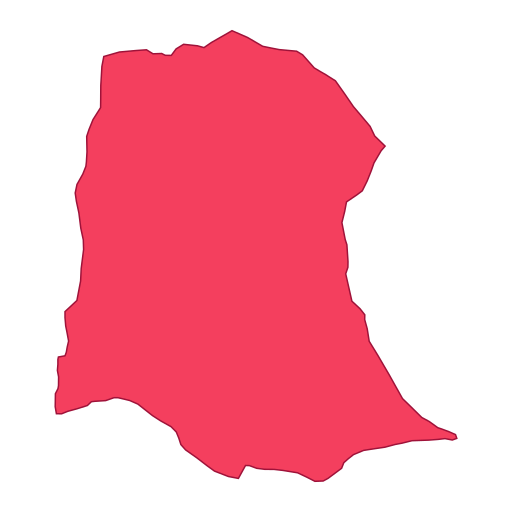 the district of Corisco, Equatorial Guinea
{"feature_id": "11065452B63780080368940", "entity_name": "Corisco", "entity_type": "district", "adm_level": 2, "iso_a3": "GNQ", "parent_name": "Equatorial Guinea", "parent_adm1": "", "projection": "mercator", "projection_center": [9.322, 0.913], "detail": "fine", "context": "isolated", "style": "filled", "palette": "rose", "viewbox_px": 512, "rotation_deg": 0, "n_neighbors": 0, "source": "geoboundaries", "source_scale": "gbopen_adm2", "svg_char_len": 1919}
<svg xmlns="http://www.w3.org/2000/svg" viewBox="0 0 512 512"><path d="M262.7,46.3L247.6,37.5L232.0,30.7L211.4,42.5L204.0,47.6L197.5,45.8L183.6,44.3L176.1,48.9L171.3,55.4L165.2,55.3L161.7,53.5L153.0,53.8L146.5,49.8L136.5,50.5L119.5,52.0L103.8,56.5L101.9,66.4L100.8,85.5L100.7,99.8L100.6,107.6L93.0,119.6L89.0,129.5L86.7,136.4L87.0,152.0L86.4,162.0L85.9,166.3L82.8,174.1L77.0,184.4L75.2,193.0L76.4,201.3L78.9,213.0L80.8,228.2L83.3,239.9L83.6,249.5L81.2,268.5L80.6,281.0L78.0,294.7L76.9,300.5L65.0,311.6L65.0,317.6L65.7,325.9L67.0,332.4L68.6,341.1L67.2,347.1L66.3,352.3L65.0,355.8L58.4,357.0L57.9,359.5L57.9,364.3L57.4,370.4L58.6,376.9L58.5,385.6L58.0,388.6L55.4,393.7L55.3,401.1L55.2,406.7L56.4,413.7L61.6,413.8L67.8,411.3L76.9,408.8L87.4,405.5L91.4,401.7L94.8,401.3L105.7,400.6L114.0,397.7L118.0,397.7L124.0,399.1L129.7,400.5L137.9,404.1L152.5,415.6L160.7,420.9L171.1,426.7L176.3,432.0L178.8,438.1L180.9,444.6L185.6,449.9L196.8,457.8L207.2,465.8L214.5,471.1L228.4,476.5L238.4,478.4L245.5,465.5L249.4,465.6L256.7,468.3L264.6,469.3L274.1,469.4L282.8,470.4L297.6,472.8L307.1,477.3L314.9,481.3L323.2,481.0L328.0,478.4L341.6,468.3L343.8,462.7L348.2,458.8L353.5,454.6L363.6,450.4L369.3,449.5L376.6,448.4L384.9,447.2L395.4,444.4L401.9,443.2L412.0,440.7L428.9,440.1L438.1,439.4L445.0,438.6L452.3,440.0L456.8,438.4L455.5,434.6L449.2,431.8L441.7,429.0L437.8,427.7L429.2,421.5L421.8,417.5L409.3,405.2L402.5,398.6L395.6,386.3L389.3,375.0L377.8,355.3L369.2,341.3L367.2,328.7L364.7,319.6L364.8,314.8L360.0,308.7L351.9,301.2L345.7,273.8L347.9,267.3L348.0,261.7L346.9,244.8L345.2,239.5L341.9,222.6L344.7,211.4L346.5,201.9L357.1,194.7L362.3,190.8L367.2,180.9L371.3,170.6L374.0,162.9L381.1,150.8L385.1,146.1L374.7,136.0L370.1,126.4L362.4,117.2L353.4,106.6L344.4,93.5L335.4,80.8L328.1,76.2L326.3,75.0L320.4,71.6L314.2,67.9L302.6,54.8L296.6,51.2L279.2,49.6L270.0,47.8L262.7,46.3Z" fill="#f43f5e" stroke="#9f1239" stroke-width="1.5"/></svg>